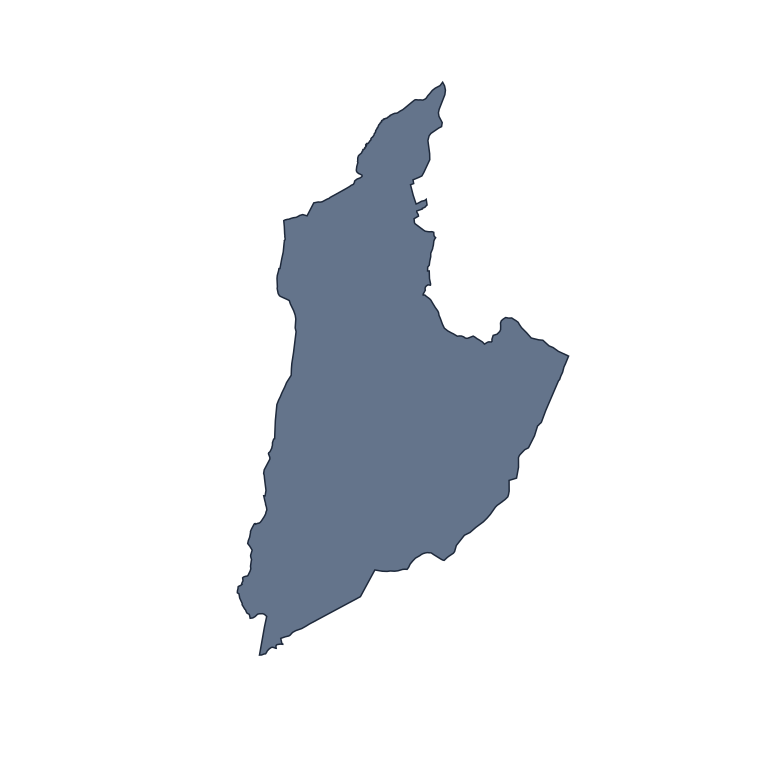 Carpinet, Bihor, Romania (Robinson projection), rotated 295°
{"feature_id": "2599482B57966099194039", "entity_name": "Carpinet", "entity_type": "district", "adm_level": 2, "iso_a3": "ROU", "parent_name": "Romania", "parent_adm1": "Bihor", "projection": "robinson", "projection_center": [22.479, 46.428], "detail": "fine", "context": "isolated", "style": "filled", "palette": "slate", "viewbox_px": 768, "rotation_deg": 295, "n_neighbors": 0, "source": "geoboundaries", "source_scale": "gbopen_adm2", "svg_char_len": 6158}
<svg xmlns="http://www.w3.org/2000/svg" viewBox="0 0 768 768"><g transform="rotate(295 384 384)"><path d="M487.3,539.5L487.3,528.2L488.5,521.9L488.3,517.5L490.8,509.5L489.4,505.5L487.9,498.0L490.7,491.6L493.2,484.8L495.1,481.6L496.6,479.5L497.2,476.7L497.5,473.8L497.8,472.4L497.7,471.5L497.0,470.4L496.2,468.6L496.0,467.4L495.6,466.1L492.8,464.4L490.9,463.6L488.5,463.8L485.9,465.2L482.5,466.7L480.5,466.7L476.9,465.4L474.2,462.4L470.2,462.9L468.4,463.8L467.5,463.5L466.3,460.9L465.5,460.1L462.6,458.2L463.7,455.5L464.3,450.7L464.3,449.6L464.9,446.8L465.1,444.6L460.8,440.5L460.3,439.5L460.0,438.3L460.4,436.3L460.2,433.9L459.4,432.0L458.3,430.3L458.8,425.5L458.8,423.5L459.1,419.3L460.1,415.1L462.9,411.7L467.4,407.2L469.4,404.9L471.8,403.2L472.9,401.9L475.1,398.0L477.9,393.8L479.8,391.1L480.5,389.4L481.3,385.4L481.9,383.4L481.2,381.9L482.0,381.5L486.5,381.8L487.6,381.0L488.7,380.7L489.6,380.6L490.9,381.0L492.4,381.9L493.2,384.3L494.3,384.0L498.7,380.7L505.6,377.2L504.9,375.7L508.4,374.2L510.8,374.8L514.5,373.6L519.0,372.6L522.3,371.1L527.2,370.9L527.9,370.6L530.6,370.1L534.8,368.7L537.0,368.7L538.4,369.0L538.8,367.9L539.4,366.8L540.6,366.0L542.5,365.0L542.4,363.4L542.0,362.4L541.4,361.4L540.7,359.6L539.9,356.7L540.2,354.6L542.4,344.3L543.1,343.4L546.5,341.4L550.7,344.3L552.0,343.4L553.7,341.0L554.7,340.6L558.8,344.8L559.3,344.5L561.5,346.4L563.6,347.0L564.4,347.4L569.2,344.2L568.5,343.9L567.3,343.1L565.5,340.8L562.2,338.4L560.7,337.0L567.4,330.7L575.8,323.8L578.2,326.2L581.3,324.0L585.9,328.2L588.6,330.4L592.7,330.7L606.6,330.7L612.1,328.0L623.2,320.9L628.0,320.0L630.9,320.6L639.2,325.5L641.6,327.4L645.5,326.3L649.8,320.7L652.8,318.7L656.3,317.9L671.9,316.9L676.3,315.5L679.8,312.9L682.3,309.6L678.1,308.7L673.8,305.4L670.5,303.7L666.4,302.7L663.9,301.9L660.7,301.4L659.3,300.6L657.7,299.2L656.9,296.9L655.9,295.0L655.2,292.8L654.4,291.8L651.3,290.2L640.6,285.1L637.9,283.1L635.6,281.8L634.7,280.9L633.9,279.4L632.5,278.0L631.9,277.6L631.1,276.9L631.0,276.7L630.0,276.2L629.8,275.9L629.2,276.0L628.9,275.6L627.7,275.1L627.4,274.7L626.0,274.2L625.7,273.5L625.3,273.3L624.5,272.2L624.1,272.2L624.1,271.8L623.8,271.6L623.4,271.8L621.8,270.6L621.4,270.6L620.8,271.0L620.4,270.6L619.5,270.6L618.9,270.2L617.7,270.2L617.0,269.8L615.3,269.8L614.7,269.9L613.5,269.9L613.2,269.6L612.2,269.7L610.2,269.4L609.5,269.5L609.2,269.8L608.1,269.9L607.8,269.7L606.8,269.4L605.8,269.7L604.7,269.7L603.5,269.3L602.9,269.4L602.2,268.8L601.0,268.5L600.5,268.6L600.3,268.8L599.1,268.9L598.6,268.5L595.8,268.1L595.3,267.9L595.0,267.4L594.8,267.3L594.9,266.9L594.1,266.5L593.2,266.8L593.0,266.4L592.7,266.6L592.8,266.8L592.4,266.7L592.1,266.8L591.9,267.0L592.1,267.3L591.6,267.3L591.6,267.0L590.9,267.1L589.9,266.7L589.6,267.1L588.5,266.8L588.2,266.4L587.6,265.8L586.5,266.3L585.8,265.9L583.9,266.0L581.0,264.7L579.9,264.4L577.7,264.7L575.3,265.8L574.4,266.0L573.8,266.7L569.6,267.4L566.2,268.5L565.4,269.0L564.5,270.2L564.0,272.2L564.1,272.8L564.0,275.7L563.1,276.3L562.6,276.3L560.9,275.4L558.4,273.0L556.1,271.8L555.4,271.6L554.3,272.0L552.1,271.9L551.1,271.1L550.4,270.4L548.5,269.4L545.0,267.0L530.3,256.3L529.2,255.9L527.5,254.3L523.1,251.0L522.1,249.7L521.6,248.7L521.2,247.5L518.5,243.8L503.9,243.2L503.2,238.7L500.8,236.0L499.9,235.7L499.4,235.1L498.0,234.1L496.4,231.6L494.7,229.6L493.8,228.9L493.7,228.6L493.1,228.1L492.2,226.5L491.7,226.1L491.1,225.2L489.7,224.1L484.4,227.2L477.9,230.6L476.2,231.7L475.6,231.8L474.3,232.8L473.0,233.4L471.8,233.0L471.0,233.5L469.8,233.8L461.0,236.9L453.9,238.5L444.7,240.9L444.2,240.0L442.0,240.6L437.3,241.4L434.5,242.4L427.0,246.3L425.4,246.8L421.2,249.9L419.9,251.8L419.6,253.0L419.7,260.5L419.6,262.9L417.0,265.3L412.2,271.2L408.8,274.5L405.6,276.6L397.3,279.8L394.3,282.2L374.3,288.7L363.6,291.8L358.8,293.6L352.7,296.2L344.1,295.1L339.6,295.3L332.6,295.2L328.7,295.4L324.8,295.3L320.1,295.6L304.9,301.0L288.2,308.0L287.8,307.5L287.3,307.3L283.7,307.7L281.3,308.8L279.3,309.1L278.7,309.4L274.5,309.3L272.9,308.6L272.1,308.7L271.9,308.8L269.4,311.4L268.4,312.0L267.5,312.3L255.6,311.7L252.1,312.7L250.5,314.1L247.9,315.6L237.7,322.0L232.4,323.5L231.9,322.2L228.0,325.2L225.9,327.0L224.9,327.5L222.7,329.5L220.4,331.0L219.7,331.1L219.1,331.1L217.8,331.2L216.9,331.5L216.1,331.6L213.2,331.5L208.3,330.8L206.3,330.3L204.8,329.4L204.8,328.9L202.7,326.8L203.1,326.3L202.7,325.7L202.1,325.5L196.5,325.2L193.9,325.3L192.9,325.8L188.3,327.0L184.8,327.2L181.8,327.9L180.3,330.9L177.7,334.7L172.4,335.5L171.1,336.2L168.7,338.3L167.8,338.4L162.5,340.0L160.2,341.4L157.9,341.7L152.7,341.6L151.7,340.6L151.2,339.8L150.1,338.6L149.0,337.9L148.5,337.8L146.4,339.2L145.5,339.4L144.4,339.3L142.6,339.5L142.4,340.0L140.9,339.2L139.0,337.6L138.5,337.5L137.0,338.1L134.5,338.6L132.8,339.3L132.5,341.3L129.1,343.6L125.0,348.4L124.1,348.6L123.9,348.8L122.6,350.8L121.2,352.8L120.8,353.9L119.2,355.6L118.4,356.8L118.3,359.2L116.9,360.4L115.1,361.7L116.6,364.0L118.8,365.5L121.9,366.7L123.0,368.0L124.6,371.2L124.7,373.0L123.8,375.9L113.4,378.3L85.7,385.7L86.7,387.6L88.6,389.4L89.4,390.7L91.2,391.0L92.7,391.0L95.6,392.0L97.6,393.2L98.3,394.2L98.6,395.9L98.7,397.5L98.9,398.0L99.9,397.3L100.9,396.8L101.7,396.8L102.6,397.2L104.3,399.7L105.2,401.8L105.4,402.9L105.7,401.1L109.8,397.9L113.2,401.4L115.4,404.2L116.6,405.0L120.2,406.1L123.2,408.3L127.6,412.8L131.5,415.6L134.9,417.8L181.3,452.5L211.6,454.3L213.6,461.6L215.5,466.1L217.2,468.7L218.8,472.7L220.6,475.6L223.9,479.3L224.9,481.1L225.8,483.3L228.3,483.8L231.8,483.8L235.7,484.8L239.5,486.1L243.4,488.9L245.4,490.0L246.9,491.2L248.4,492.9L249.5,494.5L250.2,496.5L250.8,497.8L250.8,498.7L250.4,500.9L249.3,510.1L249.3,512.1L249.6,513.1L253.2,514.5L255.0,515.4L260.0,518.4L262.0,518.8L268.2,517.8L280.9,520.8L285.8,524.7L293.0,527.9L301.1,532.3L306.0,534.1L311.0,535.5L319.5,537.0L322.0,537.9L324.2,539.2L330.6,542.6L334.1,543.9L336.3,543.6L339.8,542.7L349.5,538.1L354.7,543.9L365.4,541.1L374.1,537.0L376.0,536.9L377.4,537.1L383.9,539.3L387.2,541.9L400.7,542.3L411.0,540.9L411.8,541.4L413.6,541.9L414.7,542.5L416.0,542.8L428.2,541.8L460.7,540.8L462.2,541.3L465.8,540.9L470.2,540.9L475.4,539.9L479.1,539.9L487.3,539.5Z" fill="#64748b" stroke="#1e293b" stroke-width="1.5"/></g></svg>